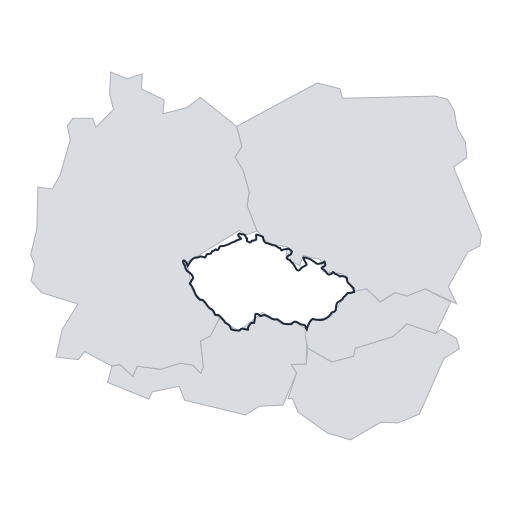 Czechia and the surrounding countries
{"feature_id": "CZE", "entity_name": "Czechia", "entity_type": "country or territory", "adm_level": 0, "iso_a3": "CZE", "parent_name": "Europe", "parent_adm1": "", "projection": "albers", "projection_center": [15.441, 49.807], "detail": "fine", "context": "with_neighbors", "style": "outline", "palette": "slate", "viewbox_px": 512, "rotation_deg": 0, "n_neighbors": 5, "source": "natural_earth", "source_scale": "50m", "svg_char_len": 5195}
<svg xmlns="http://www.w3.org/2000/svg" viewBox="0 0 512 512"><path d="M454.2,110.6L457.1,127.7L465.3,141.9L466.9,157.5L453.4,167.0L481.3,234.5L479.9,245.8L468.0,251.8L448.3,286.7L456.6,303.7L425.1,289.0L407.2,296.0L394.8,292.8L380.2,302.1L366.5,288.9L356.3,294.8L342.2,273.6L323.3,271.8L320.6,259.6L303.2,255.6L299.7,265.8L285.9,257.9L287.3,247.0L268.7,243.7L257.0,231.0L247.1,205.7L249.1,192.2L243.4,171.1L235.0,156.9L241.8,146.5L236.6,126.4L317.1,83.0L340.1,88.8L342.3,98.3L435.2,96.1L447.4,99.1L454.2,110.6Z" fill="#d9dde1" stroke="#a8b0b8" stroke-width="1"/><path d="M307.0,329.5L306.2,364.2L291.3,364.5L296.6,373.0L282.9,405.1L259.2,406.2L245.5,415.0L184.7,400.2L179.2,386.3L152.4,391.8L148.8,399.1L107.6,382.4L111.9,366.0L120.1,364.5L132.8,376.3L137.3,366.2L160.6,369.3L179.9,363.2L192.6,364.9L200.6,373.2L203.3,366.6L200.4,340.9L210.0,336.2L219.6,318.2L238.7,331.3L262.6,312.4L282.7,324.4L294.9,322.2L307.0,329.5Z" fill="#d9dde1" stroke="#a8b0b8" stroke-width="1"/><path d="M441.0,329.1L456.5,338.4L459.3,348.7L444.0,358.4L419.4,414.0L398.1,422.9L380.9,422.2L350.5,439.9L327.5,433.1L298.0,412.1L292.5,398.8L288.0,398.5L296.6,373.0L291.3,364.5L306.2,364.2L307.9,348.1L331.5,361.9L353.5,356.2L355.2,348.2L393.1,336.5L406.9,323.8L435.8,333.6L441.0,329.1Z" fill="#d9dde1" stroke="#a8b0b8" stroke-width="1"/><path d="M236.6,126.4L241.8,146.5L235.0,156.9L243.4,171.1L249.1,192.2L247.1,205.7L257.0,231.0L245.9,235.0L239.4,230.4L186.9,262.4L192.8,291.0L219.6,318.2L210.0,336.2L200.4,340.9L203.3,366.6L200.6,373.2L192.6,364.9L179.9,363.2L160.6,369.3L137.3,366.2L132.8,376.3L120.1,364.5L111.9,366.0L84.6,351.6L78.4,359.6L56.0,357.1L62.2,329.5L78.0,304.0L41.9,292.8L31.1,281.1L34.6,264.2L30.7,254.7L36.9,228.6L37.9,187.2L52.4,188.9L60.2,174.9L70.2,139.8L67.3,126.1L72.8,118.3L92.5,118.3L95.9,127.3L113.5,109.5L109.6,94.4L110.6,72.1L127.2,78.8L142.2,73.9L141.5,89.1L164.1,99.8L163.0,113.7L186.9,107.6L200.3,97.4L236.6,126.4Z" fill="#d9dde1" stroke="#a8b0b8" stroke-width="1"/><path d="M450.8,301.9L435.8,333.6L406.9,323.8L393.1,336.5L355.2,348.2L353.5,356.2L331.5,361.9L307.9,348.1L305.0,334.5L310.5,320.7L330.8,316.8L347.1,292.8L366.5,288.9L380.2,302.1L394.8,292.8L407.2,296.0L425.1,289.0L450.8,301.9Z" fill="#d9dde1" stroke="#a8b0b8" stroke-width="1"/><path d="M354.2,291.9L353.5,292.0L352.1,292.7L350.2,293.0L348.2,292.9L346.6,294.1L345.2,295.8L343.7,297.1L342.9,298.2L342.5,299.3L337.4,302.6L336.7,303.9L336.2,305.7L336.0,308.1L335.7,310.2L334.8,311.4L332.0,312.4L331.3,313.0L330.8,314.1L329.3,315.8L327.5,317.5L324.1,319.4L320.4,320.1L315.6,319.6L312.7,318.9L311.4,319.8L309.6,322.2L307.6,326.3L306.8,329.4L306.2,328.5L305.0,325.3L303.6,324.9L301.8,324.6L300.5,324.2L297.6,322.4L296.1,321.8L294.4,321.7L292.7,322.8L291.5,324.1L287.7,324.2L283.4,323.6L277.4,319.3L275.8,319.3L274.2,319.5L271.5,318.5L266.5,315.7L264.1,315.0L262.6,315.4L261.2,316.0L260.2,316.1L259.6,315.2L257.8,314.1L255.9,313.9L255.3,314.6L254.6,320.7L254.0,323.0L251.4,322.8L250.4,323.9L248.3,326.8L247.9,329.7L244.3,329.1L242.6,328.6L241.1,328.9L239.5,330.5L234.8,330.3L231.2,329.3L229.7,325.7L228.0,324.3L225.9,323.0L225.2,322.7L224.1,320.8L221.9,318.3L218.5,315.0L215.7,315.1L214.7,314.2L214.3,312.9L213.2,310.8L211.9,309.4L210.4,308.8L208.2,306.8L205.3,302.7L202.6,299.9L200.0,299.8L198.4,298.3L196.7,296.4L195.5,294.5L193.8,289.9L192.4,287.3L191.4,285.7L190.2,284.3L189.8,283.3L191.4,281.0L192.0,279.8L192.7,278.9L193.1,278.0L193.1,277.2L191.8,274.8L190.1,273.1L187.4,271.2L185.8,269.0L185.2,267.0L185.1,265.9L183.9,264.3L183.1,262.1L183.1,260.8L183.4,260.5L184.3,260.5L185.3,261.4L186.6,263.2L187.7,265.8L188.4,264.8L189.9,262.2L192.3,259.3L194.8,257.7L197.0,257.6L198.8,257.2L200.3,256.4L202.9,256.9L204.7,257.5L205.3,257.2L206.2,255.6L206.7,254.3L210.8,253.6L212.3,251.1L213.1,251.1L214.0,250.7L214.9,249.8L215.8,249.4L216.4,249.9L217.3,250.2L218.2,249.6L219.7,246.7L220.4,246.2L224.0,245.9L229.0,244.2L231.5,242.7L234.0,241.9L236.6,240.4L240.8,239.0L241.0,238.4L239.1,236.8L238.5,235.9L238.1,234.9L238.8,233.8L239.7,233.5L240.8,234.0L244.3,234.7L245.2,235.3L245.6,236.8L246.4,238.3L247.1,238.4L246.9,240.8L248.0,241.7L249.6,242.4L250.7,242.3L251.4,241.3L251.7,240.7L253.9,240.6L256.1,239.6L256.2,238.0L256.1,235.0L256.4,234.6L259.6,235.5L262.9,236.8L263.4,239.8L264.2,241.3L265.3,242.6L266.3,243.2L268.0,243.3L272.5,245.1L274.7,245.4L276.9,246.6L278.7,247.9L280.1,248.1L280.8,249.5L281.6,250.4L283.1,249.7L288.5,248.6L290.4,250.0L291.7,251.4L291.9,251.8L291.3,253.1L290.9,254.1L290.4,254.7L288.5,255.4L287.5,256.6L286.8,257.8L287.3,259.0L288.8,259.8L289.9,260.0L290.3,260.9L293.8,264.6L296.6,269.6L297.7,270.3L298.7,270.5L299.9,269.7L301.2,268.1L302.8,266.9L304.1,266.3L306.5,264.9L306.5,264.0L304.5,260.6L303.3,257.9L303.6,257.4L306.1,257.8L310.4,259.2L317.2,263.9L318.3,263.9L320.7,263.4L323.2,262.6L324.3,261.6L324.8,262.0L325.3,264.6L324.6,266.1L321.7,267.6L321.9,268.3L322.7,269.2L324.0,269.8L325.7,271.5L326.9,273.4L328.0,274.3L329.1,274.7L331.8,273.5L332.6,272.7L332.9,272.1L333.4,272.2L334.4,273.1L334.7,273.7L337.5,274.7L339.1,276.0L340.1,276.6L341.2,275.9L345.4,276.8L346.7,277.7L347.1,279.2L346.9,280.1L347.7,282.4L353.3,287.9L354.0,290.8L354.2,291.9Z" fill="none" stroke="#1e293b" stroke-width="2"/></svg>